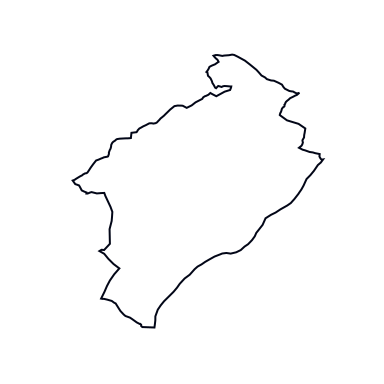 Ezinihitte, Imo, Nigeria, rotated 15°
{"feature_id": "59680162B50771081897552", "entity_name": "Ezinihitte", "entity_type": "district", "adm_level": 2, "iso_a3": "NGA", "parent_name": "Nigeria", "parent_adm1": "Imo", "projection": "orthographic", "projection_center": [7.323, 5.469], "detail": "fine", "context": "isolated", "style": "outline", "palette": "ink", "viewbox_px": 384, "rotation_deg": 15, "n_neighbors": 0, "source": "geoboundaries", "source_scale": "gbopen_adm2", "svg_char_len": 3745}
<svg xmlns="http://www.w3.org/2000/svg" viewBox="0 0 384 384"><g transform="rotate(15 192 192)"><path d="M310.2,126.6L308.8,127.2L307.6,126.5L306.5,125.4L305.9,124.7L305.5,122.3L301.0,122.6L298.5,122.5L295.3,122.9L290.3,122.5L287.9,122.5L283.9,121.6L285.8,119.0L286.2,117.6L286.3,115.5L285.6,114.2L285.3,113.4L286.1,110.3L285.8,108.9L285.6,107.7L285.5,105.8L285.0,101.3L277.3,98.6L265.2,98.2L256.9,95.0L256.8,94.4L256.9,92.6L257.2,91.7L257.3,90.3L257.3,89.4L257.3,88.4L257.9,86.8L258.9,85.7L259.1,85.2L259.0,84.5L258.8,83.9L258.7,83.8L258.9,83.3L259.1,82.9L259.2,82.5L259.1,82.0L259.4,80.7L259.7,80.2L260.4,79.1L261.4,77.8L262.3,76.3L262.6,75.9L264.8,74.0L266.4,72.5L267.2,71.8L268.0,71.3L268.6,70.5L269.3,69.5L269.4,69.3L269.5,69.2L270.1,68.4L267.8,69.7L264.9,69.2L264.3,68.9L263.5,68.8L262.4,69.0L260.4,69.2L259.7,69.2L255.0,68.2L253.1,66.9L251.1,65.0L247.2,64.1L242.3,63.3L239.5,63.8L235.1,63.6L232.8,62.4L229.0,61.5L225.6,59.2L222.6,57.3L214.8,53.8L209.1,51.4L205.4,50.5L201.3,49.5L197.3,48.7L195.2,48.9L192.3,50.3L187.7,51.9L186.1,52.7L183.2,52.9L181.3,53.1L179.4,53.6L177.5,54.8L178.9,55.8L180.5,56.8L182.3,57.6L184.0,59.4L182.6,61.0L181.2,62.7L180.0,63.6L178.3,64.9L176.5,66.6L176.1,69.0L175.5,70.9L174.9,72.3L175.9,72.5L176.9,74.6L177.4,75.6L177.9,75.9L178.8,76.3L180.6,77.5L182.7,80.0L183.4,81.3L185.5,83.2L187.3,85.2L188.4,85.5L189.0,84.3L189.9,82.8L191.9,82.8L193.4,82.9L194.5,81.9L195.9,81.2L197.4,80.9L199.0,80.6L200.7,80.3L201.0,80.3L202.6,79.9L202.7,81.1L202.4,83.6L197.6,86.6L190.7,93.2L185.8,92.1L184.1,91.6L182.7,93.8L180.7,95.5L179.5,96.3L178.3,97.7L177.8,99.4L172.2,104.5L169.3,108.4L165.1,112.1L160.8,111.1L159.9,111.2L155.8,112.2L152.8,113.6L149.6,118.0L147.6,121.4L146.1,123.9L145.2,125.5L143.5,127.9L142.6,129.1L141.7,131.0L141.1,132.0L140.2,133.8L139.1,134.9L137.0,135.9L135.5,136.0L133.7,136.5L133.0,136.7L130.1,139.4L128.0,141.1L126.1,143.0L124.7,144.3L123.6,146.4L123.3,147.8L122.9,148.6L118.2,150.5L119.0,155.7L117.5,156.3L115.7,156.9L114.2,157.3L111.4,158.2L108.4,159.2L105.9,160.3L105.1,161.1L104.3,162.4L103.0,163.8L102.3,165.0L101.9,166.7L101.8,167.5L102.1,169.2L102.1,171.3L101.7,172.8L101.6,174.2L101.5,175.4L101.9,176.7L101.7,179.3L101.1,179.8L99.2,180.7L97.8,181.4L96.8,182.3L95.5,183.2L93.4,184.9L91.2,186.4L89.4,190.6L87.9,194.5L86.8,197.9L86.0,200.2L85.3,201.1L83.9,201.7L82.2,203.3L81.6,204.3L79.8,205.9L77.7,208.1L76.1,209.8L75.5,210.6L73.8,211.8L77.2,214.6L79.0,214.7L81.2,214.9L82.5,216.2L85.1,219.0L87.8,219.5L90.3,219.8L90.4,220.8L91.6,220.5L93.5,219.0L95.0,218.1L100.5,218.0L104.1,216.7L107.5,215.6L109.4,218.3L117.1,227.4L120.2,231.8L121.2,236.8L121.9,240.8L122.0,249.2L126.1,263.3L122.1,270.8L119.6,271.2L117.9,273.0L123.2,274.4L128.5,278.2L134.9,281.9L141.6,284.6L138.9,290.1L138.2,291.5L136.9,295.1L135.6,298.7L134.2,304.8L133.3,311.0L131.8,318.5L133.3,318.4L134.6,318.0L138.2,317.9L142.7,318.0L145.5,319.1L147.1,319.4L151.6,323.6L153.7,325.5L157.7,328.0L159.8,329.0L164.6,329.4L167.2,330.3L172.5,332.3L175.7,333.0L176.0,332.8L177.2,333.3L177.6,334.6L179.0,335.3L190.8,332.6L190.4,329.5L189.8,325.5L188.8,321.6L189.0,319.2L189.4,314.5L191.1,309.6L193.3,304.7L197.8,297.0L200.0,293.2L202.3,288.3L203.9,283.9L205.5,280.8L207.3,277.4L211.2,272.5L214.5,265.9L216.7,262.6L220.0,259.4L222.8,256.1L226.1,252.8L230.5,248.5L235.3,245.0L237.1,243.6L241.0,242.0L245.3,241.5L250.3,238.8L254.1,235.5L256.9,231.1L259.7,227.9L262.4,223.0L264.1,218.6L264.7,214.8L266.4,210.9L267.2,209.0L268.7,205.5L269.8,198.6L269.8,198.4L274.3,193.5L278.1,190.2L282.0,185.8L287.5,180.4L290.3,177.1L292.3,173.1L292.5,172.8L295.3,166.2L295.7,164.9L297.0,161.3L298.1,156.9L298.6,153.9L299.3,149.8L302.1,144.9L302.2,144.6L304.3,140.0L306.6,133.4L308.8,130.2L310.2,126.6Z" fill="none" stroke="#020617" stroke-width="2"/></g></svg>